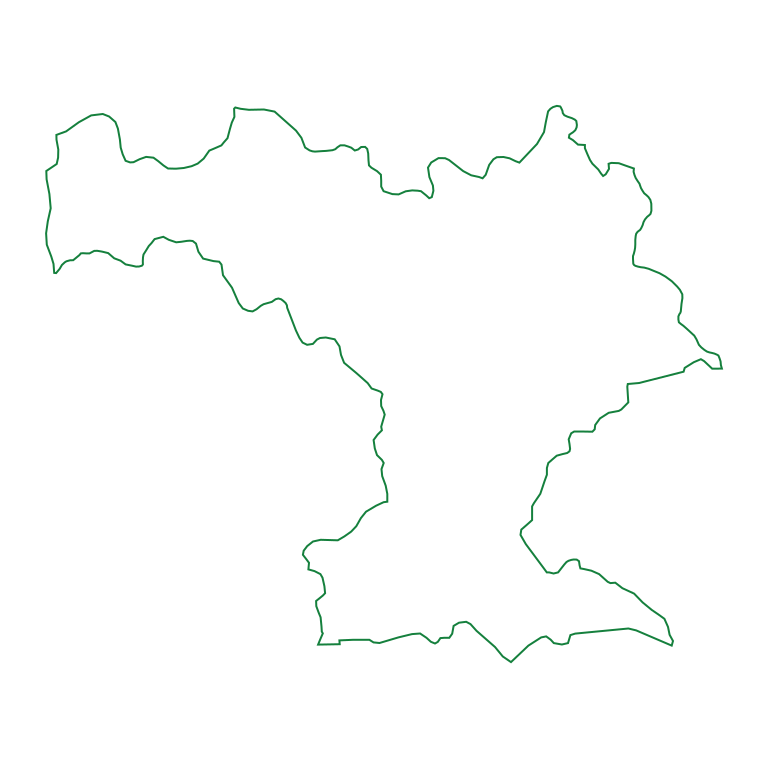 the district of Las Cañas, Cerro Largo, Uruguay
{"feature_id": "84410073B95825273384383", "entity_name": "Las Cañas", "entity_type": "district", "adm_level": 2, "iso_a3": "URY", "parent_name": "Uruguay", "parent_adm1": "Cerro Largo", "projection": "mercator", "projection_center": [-53.783, -32.451], "detail": "fine", "context": "isolated", "style": "outline", "palette": "green", "viewbox_px": 768, "rotation_deg": 0, "n_neighbors": 0, "source": "geoboundaries", "source_scale": "gbopen_adm2", "svg_char_len": 5686}
<svg xmlns="http://www.w3.org/2000/svg" viewBox="0 0 768 768"><path d="M721.9,368.6L720.9,365.1L720.6,361.7L720.5,361.2L719.5,358.2L718.4,355.5L717.0,354.7L714.5,353.6L711.8,352.9L709.4,352.4L707.0,351.6L704.4,349.9L701.3,347.4L698.9,344.8L696.5,339.4L694.3,335.7L686.7,328.7L683.4,325.8L680.8,323.9L678.9,322.3L678.4,319.5L678.4,316.4L679.4,314.1L680.3,312.9L680.8,311.4L681.5,303.9L682.4,298.1L682.3,294.3L681.0,291.9L679.9,289.8L677.3,286.7L671.9,281.3L665.5,276.6L659.5,273.2L653.8,270.9L648.7,268.8L644.2,267.6L640.7,267.2L637.9,266.6L635.3,265.8L634.0,264.9L633.3,263.8L633.0,258.9L633.0,256.1L633.8,253.8L634.6,250.7L635.1,247.8L635.3,244.4L635.3,242.4L635.3,239.9L635.7,235.9L636.2,233.7L637.6,231.8L640.2,229.8L641.4,227.8L642.7,225.0L643.5,222.2L645.0,219.4L647.2,216.8L649.3,215.1L650.5,213.9L651.4,210.8L651.3,203.7L650.3,199.8L648.4,197.0L646.4,195.1L644.2,193.3L642.5,190.7L641.0,188.1L640.0,185.3L639.5,183.7L637.8,181.3L635.7,178.0L634.5,175.0L633.6,171.8L633.9,168.5L625.8,165.7L618.8,163.2L611.3,162.9L608.6,163.8L609.0,168.9L605.7,174.3L603.1,176.0L601.0,173.5L598.3,169.5L592.4,163.7L590.0,160.0L587.5,154.4L584.9,148.2L584.9,145.0L578.0,144.6L572.9,140.1L568.9,137.7L569.4,134.6L573.1,132.2L575.3,130.2L576.6,127.4L576.9,125.0L576.3,121.0L574.8,119.6L571.8,118.1L567.5,116.7L564.3,115.2L562.8,113.1L562.4,110.7L560.8,107.3L560.1,106.4L556.8,105.9L553.0,107.1L550.4,108.8L548.1,111.4L545.8,122.2L544.0,132.1L537.0,144.0L519.4,162.6L515.6,161.2L509.6,158.3L503.5,157.0L496.8,157.2L493.4,159.3L489.2,164.9L485.7,174.8L482.6,178.3L479.0,177.0L471.2,175.3L463.2,171.1L449.0,160.0L445.1,158.2L438.5,158.1L431.2,162.5L428.0,167.6L429.4,177.1L432.9,185.5L433.4,190.8L431.8,197.1L429.2,198.2L426.2,195.4L421.0,191.2L417.7,190.7L412.2,190.4L405.7,191.3L398.6,194.4L392.4,194.1L383.6,191.2L381.2,186.6L381.2,180.7L380.9,174.7L377.0,171.1L371.4,167.7L369.0,165.4L368.5,160.4L368.2,153.5L367.2,148.9L365.1,146.9L361.2,147.0L358.1,149.5L354.8,150.5L351.3,147.7L348.4,146.6L344.4,145.3L340.4,145.3L337.4,147.3L335.3,149.2L332.5,150.2L326.1,150.9L322.2,151.1L315.0,151.6L312.4,151.3L309.6,150.4L305.1,147.5L301.4,137.8L296.0,130.6L274.6,111.6L263.9,109.5L248.9,109.8L240.6,108.8L235.3,107.5L234.1,108.7L234.4,116.9L231.8,122.6L229.9,129.1L227.5,138.2L223.8,142.4L221.4,145.4L214.3,148.5L209.3,150.6L203.7,158.6L197.7,163.6L191.6,166.2L183.8,168.0L175.8,168.7L168.0,168.5L163.4,165.4L158.3,161.2L153.5,157.7L146.1,156.9L139.6,159.2L133.5,162.2L130.1,162.4L125.6,160.8L122.7,154.3L120.7,147.6L119.9,139.5L117.9,128.6L115.4,122.0L109.1,116.5L102.8,114.0L91.2,115.4L78.9,122.2L66.1,131.4L56.4,134.9L56.5,139.7L58.3,149.6L58.1,157.6L56.7,164.0L46.3,171.0L46.6,179.3L49.4,194.0L50.7,208.3L47.8,221.3L46.1,233.3L46.8,244.7L51.3,256.6L53.5,263.9L54.2,272.9L56.1,273.1L59.7,268.8L61.9,265.0L64.8,262.3L66.4,261.3L70.0,260.3L73.2,260.2L79.4,255.1L80.8,253.4L82.9,253.2L86.4,253.4L89.5,253.4L92.5,251.8L94.2,250.9L97.2,250.8L100.9,251.4L102.4,251.7L108.2,253.1L114.2,258.3L120.6,260.7L125.6,264.4L132.0,265.7L136.0,266.6L139.1,266.5L141.9,265.7L142.9,264.5L142.8,261.0L143.0,257.3L143.5,254.5L146.1,250.4L148.8,246.0L151.5,243.1L154.6,239.1L163.3,236.8L168.8,239.8L176.2,242.3L181.1,241.8L186.9,240.9L189.8,240.7L192.7,241.0L196.0,243.6L198.4,251.7L203.1,258.6L213.5,261.1L219.2,261.7L221.5,264.6L223.0,275.2L232.0,287.7L238.7,303.0L242.8,308.5L248.1,310.8L252.6,311.4L256.6,309.2L260.8,305.8L263.6,304.2L271.8,301.9L275.6,299.2L278.4,298.5L281.2,299.3L283.3,300.9L285.6,303.0L286.9,305.3L287.2,307.8L292.6,321.8L295.9,330.4L299.4,337.8L302.6,342.6L307.1,344.8L312.9,343.9L316.9,339.6L320.0,338.0L325.8,337.5L334.7,339.3L339.5,346.4L341.0,354.9L344.1,362.8L356.3,373.0L367.7,383.1L371.6,388.5L377.7,390.6L380.8,391.9L382.5,394.2L381.0,400.0L381.2,406.1L383.4,410.7L384.7,414.6L381.2,426.7L381.9,430.3L377.6,434.6L373.6,440.0L374.8,448.4L377.0,455.1L381.9,459.9L383.7,463.0L381.5,469.1L382.2,476.1L385.7,485.7L387.3,493.9L387.3,501.7L383.6,502.2L376.1,505.7L366.0,511.7L360.9,518.1L356.3,526.2L351.2,531.6L344.4,536.4L337.8,540.3L320.7,539.8L313.0,541.5L307.2,546.1L303.7,550.7L302.9,554.8L305.7,558.4L309.0,562.8L308.4,569.4L314.5,571.1L320.4,574.1L322.5,577.7L324.4,586.2L325.1,593.2L322.8,595.6L316.1,601.0L316.3,606.2L318.7,612.7L320.6,617.3L321.5,626.6L321.8,631.6L322.8,633.4L320.1,639.7L318.1,644.6L339.7,644.2L339.4,640.4L341.3,640.3L353.1,639.8L369.4,639.8L373.5,642.4L379.5,643.0L398.4,637.4L412.0,634.1L420.1,633.5L426.5,637.8L430.9,641.8L435.0,643.5L437.8,641.9L440.4,638.1L444.3,637.8L449.3,637.8L452.2,633.7L453.6,625.9L459.0,622.7L466.2,621.8L470.5,624.1L476.5,630.8L495.0,647.0L502.8,656.5L511.0,662.1L528.4,645.6L541.2,637.4L546.2,636.4L550.7,639.7L553.8,643.1L561.9,644.5L568.0,643.1L570.4,635.1L575.2,633.6L628.4,628.5L636.2,630.4L671.7,645.6L673.0,641.0L669.6,634.8L668.0,626.9L664.4,618.8L658.3,614.4L651.7,609.9L642.6,602.4L634.1,593.6L622.4,588.2L615.3,582.7L610.4,583.1L607.7,581.8L599.1,574.1L591.4,570.7L583.8,569.0L580.4,568.4L579.6,565.4L579.0,561.2L576.7,559.6L573.7,559.5L571.3,559.9L568.5,560.8L566.5,562.0L564.2,564.6L558.1,572.4L553.6,573.5L549.1,572.4L546.8,572.4L543.8,568.3L525.8,544.1L520.5,534.9L521.3,529.6L526.5,525.1L532.1,520.1L532.1,506.4L533.9,503.2L540.3,493.8L542.4,487.6L544.5,481.3L546.9,474.7L546.9,468.0L548.3,463.0L552.3,459.5L556.7,455.7L562.5,454.1L567.2,453.0L569.5,451.3L570.1,448.9L569.5,444.0L568.7,439.3L570.0,436.2L571.2,433.3L574.2,431.5L580.5,431.5L592.4,431.7L594.7,429.3L595.2,425.0L600.0,418.4L608.7,412.8L618.8,410.9L621.3,409.5L628.3,402.4L627.3,386.7L627.8,384.0L639.2,383.0L644.2,381.7L683.6,371.7L684.7,367.9L693.8,362.2L700.9,359.2L704.1,361.1L712.2,368.7L721.9,368.6Z" fill="none" stroke="#15803d" stroke-width="2"/></svg>